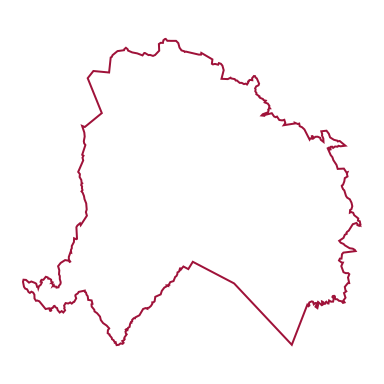 the district of Bocoyna, Chihuahua, Mexico
{"feature_id": "50627088B40912895688063", "entity_name": "Bocoyna", "entity_type": "district", "adm_level": 2, "iso_a3": "MEX", "parent_name": "Mexico", "parent_adm1": "Chihuahua", "projection": "robinson", "projection_center": [-107.606, 27.815], "detail": "fine", "context": "isolated", "style": "outline", "palette": "rose", "viewbox_px": 384, "rotation_deg": 0, "n_neighbors": 0, "source": "geoboundaries", "source_scale": "gbopen_adm2", "svg_char_len": 5889}
<svg xmlns="http://www.w3.org/2000/svg" viewBox="0 0 384 384"><path d="M29.9,292.9L31.4,291.7L33.2,292.6L34.4,294.7L34.5,298.5L36.0,300.8L37.2,300.5L39.3,301.3L45.6,309.0L49.1,308.3L50.1,310.8L50.7,310.9L51.3,310.2L50.8,309.1L51.1,308.3L52.6,308.0L53.8,306.1L54.6,305.9L55.4,307.2L57.1,308.1L57.6,310.0L59.7,312.5L61.7,311.1L63.3,312.5L65.1,310.3L64.2,308.3L64.6,307.3L64.1,305.7L65.6,303.1L68.3,303.5L70.2,302.4L71.6,303.6L72.2,303.3L73.5,301.9L74.2,301.9L76.2,298.3L75.3,295.9L75.6,294.8L77.8,293.4L78.7,291.9L84.8,290.6L84.9,291.9L86.0,292.5L86.5,294.6L87.7,296.2L88.2,299.9L91.6,300.4L92.5,303.9L91.5,304.3L91.7,306.6L94.3,309.8L94.5,311.4L97.1,313.2L100.0,316.6L100.8,320.0L103.1,323.1L106.7,325.6L109.2,328.4L107.9,330.2L107.7,333.2L109.6,334.5L109.5,335.2L111.7,337.7L112.0,339.2L113.7,340.3L114.2,341.6L115.6,342.2L115.2,342.9L115.8,343.0L116.6,345.1L118.8,344.8L120.5,343.4L122.6,343.8L123.6,342.8L122.3,341.0L124.1,340.1L124.7,339.1L124.2,338.5L124.5,337.4L126.7,334.3L125.9,333.6L125.5,331.6L126.4,330.6L125.7,329.7L126.4,329.1L127.5,329.9L128.1,327.8L129.6,326.9L130.0,324.3L130.8,322.4L131.4,322.6L131.5,321.6L132.2,321.2L132.2,319.8L133.8,318.2L135.0,318.3L135.3,317.4L139.4,315.3L143.1,309.0L145.5,308.1L147.4,308.8L147.4,308.0L149.0,307.7L151.0,305.9L152.2,304.0L152.3,302.3L153.5,302.3L154.6,301.3L155.3,296.8L160.7,294.4L161.8,290.9L164.3,287.6L166.5,286.4L166.5,285.4L168.3,286.0L168.3,285.0L169.3,284.9L169.2,284.0L170.3,282.1L173.5,281.1L175.2,276.9L176.4,276.1L177.3,274.3L177.5,272.4L179.1,271.5L180.0,268.4L180.9,268.4L181.1,269.3L183.4,266.5L188.3,269.1L192.8,261.8L234.1,283.4L291.8,344.8L307.3,304.8L308.5,306.2L309.4,305.5L308.9,303.5L309.4,302.4L311.7,301.4L312.9,301.7L313.8,304.3L315.2,303.0L316.1,303.1L316.6,304.6L315.5,306.7L317.4,308.1L318.1,305.0L317.5,302.8L318.0,301.9L321.8,305.2L322.4,304.9L322.0,301.5L322.9,301.9L323.7,304.0L325.2,303.7L325.3,302.5L326.3,301.7L327.8,303.4L328.5,303.5L329.1,300.5L331.1,301.7L333.1,301.6L333.8,298.6L332.4,297.0L332.8,296.1L334.1,295.8L334.9,296.4L335.0,298.3L335.7,299.2L337.3,299.3L338.8,300.7L341.6,301.3L343.0,302.9L344.6,302.4L343.4,300.5L345.5,297.7L344.0,293.0L346.3,291.3L345.4,290.1L344.8,286.9L347.8,283.2L349.2,283.1L348.0,277.5L349.3,274.2L348.2,273.1L345.6,273.1L343.5,272.2L341.3,266.1L342.9,262.6L341.6,262.5L339.0,260.5L339.9,258.6L341.5,258.6L342.0,254.2L343.4,252.6L355.6,251.1L354.8,249.9L352.8,248.7L349.6,248.2L344.8,245.3L343.6,244.0L340.7,242.7L339.2,240.8L343.5,237.9L344.8,234.8L346.7,233.8L346.4,233.0L347.1,231.8L348.7,230.7L352.8,224.2L356.4,223.0L357.4,223.9L357.4,225.1L359.1,225.8L359.4,225.2L360.3,225.6L360.1,224.6L361.0,223.8L360.3,224.0L359.8,221.3L357.9,220.6L358.3,218.5L354.2,215.2L353.2,212.8L351.1,212.0L349.9,212.6L350.1,210.0L351.4,209.2L352.3,206.2L351.5,202.7L349.8,199.3L347.1,197.6L346.0,195.9L344.3,190.4L343.0,189.1L341.9,186.5L341.8,185.6L343.0,184.8L344.3,181.4L344.8,178.1L347.5,176.5L346.9,173.7L347.5,172.2L346.5,172.5L343.9,168.6L337.7,168.9L336.5,164.9L333.4,160.2L332.4,157.2L330.7,155.1L327.7,148.3L328.8,147.7L329.7,149.6L330.6,149.4L330.3,147.6L330.8,146.8L332.2,146.7L333.1,147.9L335.1,146.5L337.6,146.7L338.4,145.8L340.5,146.3L345.4,145.7L339.7,141.0L337.8,141.4L337.4,140.7L333.9,139.8L330.1,137.4L328.8,133.7L326.5,130.7L321.3,131.3L322.2,134.1L322.0,135.5L323.3,138.5L323.5,141.9L320.8,139.8L320.1,137.8L317.7,136.7L315.4,136.8L313.9,138.0L312.5,136.1L311.9,136.2L312.3,138.7L310.3,138.4L309.6,139.6L304.4,129.4L302.0,127.2L299.7,126.2L299.2,123.6L297.8,124.0L294.7,122.7L294.8,123.5L283.8,125.2L285.3,123.0L284.3,119.8L282.2,120.4L279.3,120.0L277.0,116.6L275.7,117.2L274.1,116.5L271.8,113.2L265.1,114.9L264.4,115.8L261.6,115.5L262.8,114.2L268.0,112.3L268.6,110.3L268.2,109.8L269.0,108.5L270.0,108.4L269.1,107.2L269.4,105.9L267.8,103.6L264.7,102.4L265.8,100.7L263.7,100.2L262.9,99.0L260.0,97.8L259.1,96.7L259.4,96.3L256.3,94.2L256.5,93.1L255.3,91.3L255.6,89.3L255.1,88.4L256.2,86.4L258.5,85.3L259.1,83.7L256.8,78.4L255.5,77.5L255.1,76.2L253.9,76.0L252.1,78.2L252.3,80.2L250.0,79.9L249.1,80.4L248.9,81.2L248.1,81.5L248.2,82.7L247.0,84.5L245.9,83.6L244.0,84.1L241.8,82.9L239.7,82.9L236.8,80.4L235.7,80.5L234.7,79.1L231.1,78.4L230.6,77.7L227.8,79.1L221.5,78.8L223.7,70.2L222.4,65.6L220.9,63.8L218.9,63.1L218.1,64.7L215.0,63.9L212.9,64.4L211.9,63.8L212.4,59.4L201.3,52.9L201.0,54.6L198.8,54.6L185.9,51.6L184.7,51.9L184.4,51.3L181.5,50.4L179.5,47.6L178.3,43.1L176.1,40.9L167.3,40.8L165.7,38.9L164.8,39.1L163.4,40.3L162.9,42.9L160.7,42.8L158.9,44.0L159.2,50.7L155.1,55.0L153.0,55.9L150.0,54.9L148.5,55.1L144.9,53.0L144.3,53.0L142.5,55.4L137.3,53.4L132.2,52.4L128.1,50.6L127.6,49.2L125.9,47.8L124.3,49.2L124.0,50.2L117.5,51.1L112.6,55.1L111.7,57.0L110.7,57.5L109.1,72.5L93.4,71.0L87.7,78.2L101.8,113.1L84.8,127.0L82.1,125.9L84.3,132.5L84.7,136.6L83.8,141.2L84.2,143.4L85.4,145.0L82.2,154.8L83.5,155.7L82.5,157.7L83.2,160.4L78.2,171.9L79.9,174.1L79.6,177.0L81.3,180.0L81.6,182.7L82.2,183.2L81.5,183.8L81.6,184.8L81.2,185.1L82.1,186.5L81.9,188.1L82.5,190.1L81.5,191.4L82.6,192.6L84.0,196.1L84.5,199.1L86.2,203.4L86.7,209.5L85.9,212.1L86.9,215.7L80.7,225.2L80.0,223.3L77.4,225.5L76.4,227.2L77.0,238.8L76.2,239.2L74.1,238.3L73.9,242.1L71.8,246.0L71.8,248.2L70.9,250.1L71.2,252.7L70.4,252.4L68.8,257.0L68.9,259.6L70.2,261.6L69.7,261.9L68.7,260.7L65.1,260.1L60.7,262.9L58.1,266.2L59.3,270.3L59.0,274.3L59.8,276.0L59.8,279.1L60.7,282.2L60.5,283.8L58.7,286.2L58.5,287.3L56.5,287.6L56.2,286.7L54.1,286.4L53.8,285.1L52.9,285.8L53.3,284.8L52.0,283.5L52.4,282.8L51.6,282.9L52.2,282.2L51.3,281.4L51.1,279.7L49.2,278.5L48.3,278.7L47.7,277.4L45.8,276.8L43.4,279.8L41.6,279.8L41.0,280.5L40.6,281.8L41.6,282.1L41.6,281.5L41.9,282.4L40.8,284.7L38.9,286.3L38.3,288.2L38.0,286.9L37.1,286.9L36.2,283.7L34.7,282.8L31.3,281.5L29.0,282.6L26.0,279.9L23.5,279.7L23.0,281.8L24.0,286.8L25.2,288.6L27.1,289.3L28.6,292.1L29.9,292.9Z" fill="none" stroke="#9f1239" stroke-width="2"/></svg>